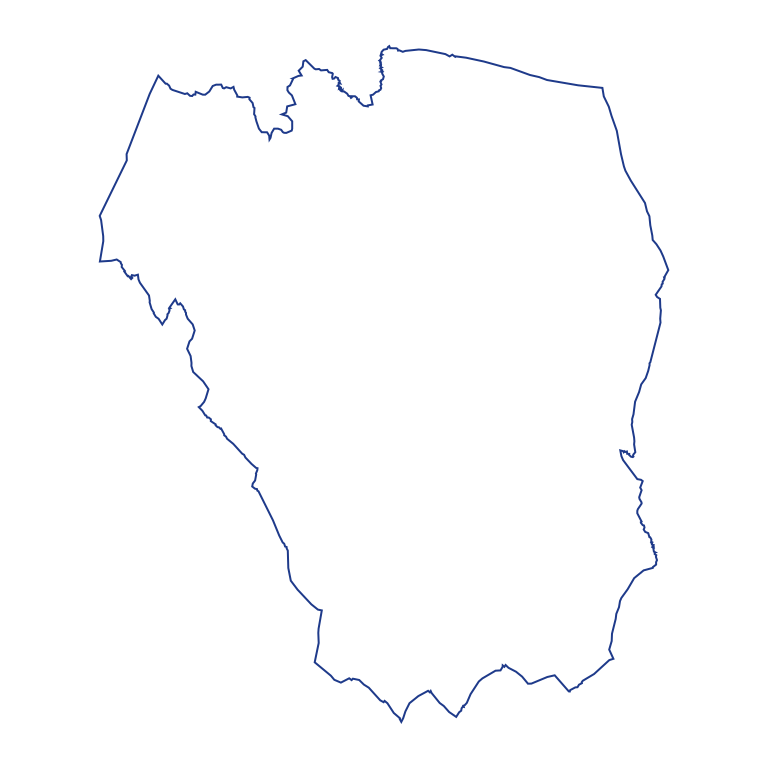 Rakkestad nor, Østfold, Norway (Mercator projection)
{"feature_id": "86288312B50253419979546", "entity_name": "Rakkestad nor", "entity_type": "district", "adm_level": 2, "iso_a3": "NOR", "parent_name": "Norway", "parent_adm1": "Østfold", "projection": "mercator", "projection_center": [11.413, 59.36], "detail": "fine", "context": "isolated", "style": "outline", "palette": "blue", "viewbox_px": 768, "rotation_deg": 0, "n_neighbors": 0, "source": "geoboundaries", "source_scale": "gbopen_adm2", "svg_char_len": 5967}
<svg xmlns="http://www.w3.org/2000/svg" viewBox="0 0 768 768"><path d="M613.4,658.8L609.2,649.6L611.7,641.0L612.0,633.7L615.7,618.9L616.3,613.9L619.0,607.2L620.0,601.1L621.4,597.9L627.7,589.2L634.2,578.1L643.6,570.4L652.8,567.9L652.9,567.1L656.1,564.6L656.1,562.1L657.0,560.1L655.9,556.8L656.3,555.2L654.7,554.1L654.7,552.6L655.4,552.4L653.9,551.6L653.4,548.7L653.8,548.2L653.0,547.6L653.7,547.4L653.7,546.5L652.6,546.5L653.5,545.0L651.9,544.5L652.0,543.5L651.3,542.8L652.1,542.2L651.2,541.7L651.4,539.5L650.2,537.3L649.4,537.1L648.2,533.1L645.2,531.9L643.7,529.5L644.5,527.5L644.0,525.5L642.7,525.1L640.9,522.8L640.8,522.2L641.6,521.6L637.3,513.3L637.3,510.8L637.9,509.1L641.6,503.6L641.5,502.3L639.5,498.9L639.2,497.2L641.6,490.2L640.2,487.6L642.7,481.1L641.0,479.8L637.3,479.1L623.1,460.1L621.4,456.1L620.3,450.4L623.3,451.2L623.7,452.2L624.6,451.3L625.2,452.0L626.9,451.5L627.2,453.8L629.2,453.9L629.1,454.9L631.0,456.7L632.8,457.1L633.4,456.6L633.0,456.0L633.3,454.6L635.3,452.2L634.1,444.4L634.4,441.3L634.1,437.6L631.7,424.7L632.3,422.0L632.1,419.1L633.5,414.3L635.1,401.7L639.1,392.0L641.2,384.4L645.7,378.1L648.2,370.9L649.6,365.1L649.5,363.3L650.3,362.3L660.5,322.6L660.2,318.7L660.9,310.3L660.3,307.8L660.0,298.9L657.1,297.0L655.7,294.8L661.5,286.4L661.7,284.4L662.7,283.6L662.6,281.8L664.4,279.0L664.1,277.6L664.6,277.7L664.9,276.1L668.3,270.1L663.2,256.4L660.5,250.5L656.4,244.2L652.7,240.0L652.3,235.6L650.3,225.3L649.4,216.2L647.0,211.3L645.0,203.0L630.8,180.6L625.4,170.7L623.9,166.3L621.0,154.1L616.8,130.8L611.5,115.8L608.8,106.7L603.8,96.4L602.4,87.9L578.1,85.3L547.0,80.0L539.2,77.1L530.0,75.0L510.4,67.9L504.1,67.1L483.8,61.5L466.1,57.7L455.2,56.3L455.7,56.7L455.3,56.9L452.3,54.7L449.6,56.4L445.4,54.1L426.2,50.1L418.9,49.5L405.4,50.9L402.8,51.8L399.2,50.3L398.1,50.6L397.5,48.9L396.4,48.3L390.2,48.2L389.2,46.1L388.1,46.9L387.1,48.9L383.6,49.7L381.7,51.8L381.2,53.5L382.1,54.4L380.9,54.5L380.7,55.1L381.7,55.1L380.6,56.0L381.7,57.9L380.1,59.9L380.2,60.5L379.5,60.7L380.7,62.1L380.2,62.8L380.9,63.3L380.2,65.3L381.0,65.2L380.8,67.2L381.6,67.5L380.2,68.3L382.0,70.0L381.5,70.4L382.2,70.9L382.1,71.6L381.5,71.8L382.5,72.0L382.0,72.6L382.3,73.8L383.8,76.5L383.0,79.2L380.9,80.5L381.1,81.2L380.4,81.7L381.5,84.5L380.5,85.8L381.2,88.1L380.4,89.8L379.2,90.2L378.7,91.3L376.0,92.0L373.0,94.7L370.6,95.3L372.6,104.5L367.8,105.4L367.8,106.4L363.5,105.7L358.7,101.4L358.9,99.4L357.1,99.3L356.9,97.8L355.1,96.3L351.0,96.2L351.6,97.5L351.0,97.9L350.0,96.2L348.5,95.9L347.2,93.7L344.1,91.5L342.4,91.4L342.5,90.4L341.8,91.2L340.8,90.8L339.9,89.7L340.8,88.8L340.6,88.3L341.2,88.9L341.0,87.6L340.0,86.9L339.1,87.8L339.3,86.3L337.6,85.8L338.6,84.8L338.7,83.0L340.2,83.4L339.4,82.0L339.7,80.9L338.2,79.7L338.0,78.1L335.5,77.0L334.0,78.6L332.6,78.8L332.1,77.1L332.8,73.8L332.3,73.1L328.7,72.2L327.2,69.9L321.0,70.4L319.1,69.0L315.8,69.3L314.4,68.7L305.7,60.1L303.4,61.3L302.7,66.7L298.7,70.7L301.6,75.5L298.5,75.9L292.8,78.4L293.3,78.5L290.0,85.4L287.5,87.0L287.4,90.2L288.8,92.5L291.9,95.4L295.4,104.2L287.2,106.4L286.2,112.6L281.8,114.4L287.8,116.2L292.2,121.3L292.2,128.7L291.7,130.6L286.3,132.9L284.1,132.8L282.8,132.1L281.2,129.8L278.1,128.7L274.1,128.7L271.6,132.9L270.5,137.9L269.5,139.5L269.2,135.7L267.1,132.3L261.7,132.2L258.9,128.6L256.4,121.3L255.4,117.4L255.5,116.4L254.1,114.2L254.5,108.0L253.5,107.2L252.6,103.0L249.4,99.3L249.6,97.7L247.8,96.9L242.3,97.4L237.2,96.6L237.3,95.4L234.2,89.7L233.5,86.9L230.7,88.4L226.2,87.2L224.1,88.4L222.8,88.0L221.2,84.6L216.0,84.7L212.7,86.0L209.3,91.5L205.2,94.7L202.9,94.7L195.7,91.8L195.3,94.6L193.5,94.5L192.2,96.0L190.0,95.8L187.3,93.3L184.9,94.0L172.4,89.9L170.5,88.7L169.1,85.6L166.9,83.7L165.6,83.7L158.3,75.7L149.7,93.9L126.6,154.1L126.8,160.4L99.7,215.9L101.1,220.1L103.2,236.1L103.3,241.1L99.9,261.5L111.3,260.8L116.7,259.5L120.7,262.1L120.9,263.4L121.9,264.8L121.7,267.0L124.9,271.0L124.3,271.5L127.7,276.2L128.4,275.9L131.1,279.1L132.3,277.9L131.3,276.3L131.9,275.1L134.5,275.7L137.9,274.7L138.5,279.4L139.9,282.7L149.0,295.5L149.8,300.9L149.6,302.3L151.6,309.1L153.9,312.6L153.7,313.3L155.8,316.8L158.6,318.8L162.3,324.5L165.0,320.1L166.6,318.7L167.5,315.5L167.4,314.3L168.5,313.2L169.5,310.7L169.2,309.0L170.2,308.4L169.2,308.0L175.3,299.3L177.7,304.4L179.1,304.5L180.2,303.3L183.0,306.5L183.9,309.4L185.1,310.2L185.2,311.7L186.0,312.9L186.0,314.5L187.7,318.7L192.7,324.4L194.7,330.5L192.1,338.7L189.5,341.4L187.1,348.8L190.6,356.0L191.5,362.9L191.4,366.0L193.2,372.0L203.1,381.3L208.5,389.2L205.7,398.4L204.1,401.9L200.6,406.1L198.8,407.1L202.4,410.8L205.2,415.3L206.2,415.5L207.2,417.5L208.7,417.5L210.9,419.3L210.8,421.1L215.7,424.4L215.6,425.3L217.5,427.1L218.9,427.3L220.4,428.8L221.1,428.5L224.2,434.2L224.2,435.3L226.0,436.6L227.1,438.8L233.2,443.8L242.2,453.7L244.1,454.8L245.4,457.5L251.6,464.0L256.1,467.9L257.5,468.2L257.3,470.2L255.9,473.6L256.2,474.5L255.1,480.5L252.8,483.5L252.2,486.5L255.0,488.7L257.0,489.1L257.3,490.6L258.5,491.3L273.0,520.4L279.2,535.5L282.7,542.5L284.2,543.7L285.1,546.5L286.6,547.0L286.7,548.5L287.8,550.6L288.3,568.0L290.8,580.7L297.6,589.7L311.3,604.3L317.9,609.6L321.8,610.4L318.6,628.6L318.3,632.9L318.7,643.0L314.7,662.3L330.9,675.7L334.3,679.8L340.9,682.6L349.2,678.3L351.6,680.1L352.9,678.7L359.2,680.0L363.9,684.6L368.8,687.7L380.2,700.3L383.6,702.2L384.6,700.9L387.4,703.2L393.8,713.0L400.0,718.3L399.7,718.9L401.3,721.9L403.2,718.2L405.4,711.4L409.5,703.2L418.3,696.1L428.1,690.8L429.8,692.3L430.7,691.0L431.6,693.0L439.7,703.0L443.8,706.0L449.1,712.0L456.2,716.9L459.2,712.2L461.2,710.7L461.6,708.3L462.8,706.7L463.7,706.9L463.3,705.7L464.6,705.3L466.8,702.9L470.6,694.1L478.8,681.5L482.4,678.4L495.5,670.7L500.5,670.4L502.6,666.9L502.7,665.4L504.4,666.8L505.6,665.0L508.5,667.8L516.0,671.7L522.1,676.6L528.0,683.7L531.4,683.6L547.3,677.0L554.7,675.3L568.8,691.4L569.8,691.5L570.2,690.1L575.3,687.4L577.5,687.2L579.0,684.7L581.9,683.2L581.7,682.3L582.7,680.8L594.1,674.0L609.3,660.1L613.4,658.8Z" fill="none" stroke="#1e3a8a" stroke-width="2"/></svg>